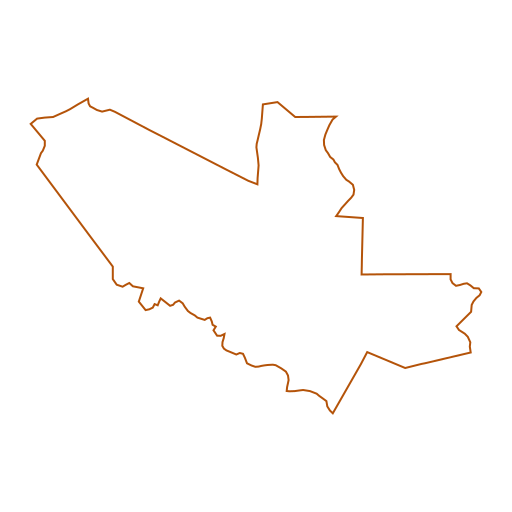 the district of Santa Rita, Maranhão, Brazil
{"feature_id": "56859067B30412481921116", "entity_name": "Santa Rita", "entity_type": "district", "adm_level": 2, "iso_a3": "BRA", "parent_name": "Brazil", "parent_adm1": "Maranhão", "projection": "natural_earth1", "projection_center": [-44.315, -3.168], "detail": "fine", "context": "isolated", "style": "outline", "palette": "amber", "viewbox_px": 512, "rotation_deg": 0, "n_neighbors": 0, "source": "geoboundaries", "source_scale": "gbopen_adm2", "svg_char_len": 2303}
<svg xmlns="http://www.w3.org/2000/svg" viewBox="0 0 512 512"><path d="M145.6,310.1L149.3,309.3L152.8,307.6L154.6,304.1L157.7,305.3L159.1,301.8L160.7,298.4L164.8,301.6L170.1,305.8L173.1,304.8L175.0,302.5L179.1,300.6L182.7,303.3L184.7,306.7L187.9,311.0L190.5,313.0L194.8,315.4L197.4,317.6L201.5,318.9L204.7,319.9L207.4,318.2L210.1,317.6L211.8,321.5L212.6,324.8L215.8,326.6L213.5,330.3L215.3,333.0L217.1,335.7L220.7,335.8L224.5,334.0L223.7,338.2L222.5,342.1L222.3,345.8L223.9,348.6L226.4,350.4L229.6,351.7L236.3,354.5L239.8,353.0L243.0,353.8L244.9,357.8L247.0,363.3L251.5,365.5L255.3,366.8L258.5,366.6L261.4,365.9L264.3,365.4L267.5,365.0L272.8,364.7L275.7,365.2L281.3,368.4L285.9,371.6L288.0,375.5L288.6,380.1L287.9,383.5L287.1,387.1L286.7,391.0L289.4,391.3L294.7,391.1L299.8,390.4L303.1,390.0L310.0,391.1L313.6,392.5L316.7,393.7L319.1,395.8L322.6,398.3L326.4,401.1L327.3,406.4L329.9,410.5L332.8,413.3L360.9,364.1L367.2,352.1L405.2,368.0L421.6,363.9L424.8,363.3L444.3,358.7L470.7,352.5L469.8,346.6L470.3,342.3L467.8,336.8L464.8,333.7L459.0,330.0L456.5,326.3L471.1,311.8L471.7,304.9L473.5,301.4L476.4,297.9L479.6,295.3L481.3,292.0L478.8,288.4L473.8,288.2L470.4,285.4L467.0,283.3L463.7,283.8L459.9,285.0L456.0,285.8L452.5,283.1L450.6,279.4L450.6,274.1L382.8,274.3L361.6,274.5L361.8,265.5L361.9,259.4L362.9,218.0L336.2,216.1L339.2,211.8L341.6,208.1L348.0,201.0L351.2,197.7L353.5,194.6L354.2,189.9L352.9,184.8L349.0,181.5L346.3,179.8L343.2,176.2L341.0,172.7L339.1,169.0L337.5,164.9L334.9,162.3L333.4,159.5L330.2,157.0L327.9,153.0L325.8,150.2L324.1,145.0L323.9,140.0L325.4,134.5L327.0,130.6L329.4,125.1L332.6,119.5L336.0,116.6L309.0,116.9L295.2,117.0L277.5,102.1L262.9,104.4L262.5,109.6L261.8,118.8L261.2,124.1L260.2,129.1L258.8,135.0L257.6,140.2L256.7,143.8L256.4,147.3L257.9,157.9L258.6,165.4L257.6,178.1L257.4,184.3L248.3,180.8L226.5,169.7L216.4,164.5L200.5,156.3L156.4,133.6L149.7,130.2L114.9,111.8L109.9,109.7L102.1,111.6L96.9,110.0L93.0,107.8L90.1,106.3L88.6,103.5L88.0,98.7L77.9,104.4L70.0,109.2L65.9,111.3L60.0,113.9L53.1,117.0L44.7,117.6L37.1,118.6L30.7,123.9L44.8,140.8L44.8,145.8L42.8,150.7L41.0,153.1L36.7,164.6L88.4,234.0L112.8,266.6L112.8,279.1L116.7,284.7L122.6,286.7L125.8,284.8L129.3,283.0L132.9,286.3L143.2,288.3L138.8,301.6L145.6,310.1Z" fill="none" stroke="#b45309" stroke-width="2"/></svg>